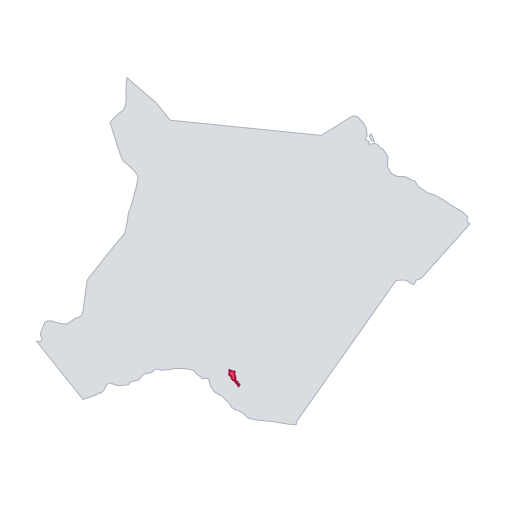 Lugari, Western, Kenya (highlighted), rotated 276°
{"feature_id": "3690345B14512896386362", "entity_name": "Lugari", "entity_type": "district", "adm_level": 2, "iso_a3": "KEN", "parent_name": "Kenya", "parent_adm1": "Western", "projection": "mercator", "projection_center": [34.875, 0.621], "detail": "fine", "context": "in_parent", "style": "filled", "palette": "rose", "viewbox_px": 512, "rotation_deg": 276, "n_neighbors": 0, "source": "geoboundaries", "source_scale": "gbopen_adm2", "svg_char_len": 5494}
<svg xmlns="http://www.w3.org/2000/svg" viewBox="0 0 512 512"><g transform="rotate(276 256 256)"><path d="M92.3,313.6L92.1,306.6L93.1,288.8L93.0,273.2L93.9,265.3L97.8,260.4L99.6,256.8L100.8,251.7L102.9,247.6L107.4,244.3L108.3,242.5L113.1,236.9L116.0,229.7L118.2,227.3L121.0,225.0L122.9,223.8L126.1,222.6L128.6,222.0L129.0,221.4L129.2,220.2L128.4,215.8L129.5,214.3L131.2,211.4L133.1,208.6L134.9,206.8L135.9,205.0L136.3,201.9L136.4,199.7L136.4,196.0L135.8,187.8L133.8,180.9L132.5,173.2L133.4,170.7L131.8,166.1L131.0,165.9L129.7,164.9L128.0,160.7L126.7,156.8L125.9,155.8L120.4,152.4L117.7,144.4L114.6,142.6L113.0,134.6L112.6,132.3L114.4,124.4L114.2,122.5L112.4,120.9L107.2,119.1L103.0,115.9L103.6,114.7L103.9,113.5L101.7,112.7L95.3,99.1L103.5,90.9L111.9,82.6L122.5,72.1L132.3,62.5L140.8,54.1L148.3,46.7L148.1,48.1L148.2,50.0L149.1,51.2L150.6,52.0L152.8,51.1L154.7,50.0L156.5,49.7L167.9,52.8L169.8,55.5L169.7,58.4L170.1,60.5L169.3,62.6L168.3,69.0L168.6,74.9L172.0,79.2L175.1,82.7L177.5,87.4L179.2,88.9L181.7,89.7L189.5,89.9L201.0,90.2L212.1,90.5L213.2,90.6L215.5,91.2L225.7,97.7L235.1,103.6L243.0,108.7L250.7,113.7L258.2,118.6L264.0,122.6L269.7,123.8L279.0,124.4L285.4,124.6L291.3,126.3L300.2,127.9L306.7,128.7L310.7,129.6L321.8,130.5L323.6,130.0L328.5,125.5L333.9,118.3L336.0,114.3L343.1,110.3L355.5,104.8L364.2,100.9L373.9,96.9L378.3,100.3L384.4,105.8L387.1,108.5L389.3,109.7L392.6,110.5L396.7,110.5L398.9,110.4L403.4,109.7L413.8,109.0L419.9,109.1L414.8,116.3L408.8,125.0L397.6,141.0L389.1,149.4L382.7,155.8L382.1,156.9L382.1,164.0L382.2,181.3L382.3,215.9L382.5,250.5L382.6,285.1L382.7,302.4L382.7,308.2L388.3,315.5L393.8,322.6L401.1,332.0L405.0,337.0L405.6,338.7L405.4,342.1L399.5,349.1L394.5,352.3L388.0,353.9L386.0,353.6L383.4,352.6L382.4,354.3L381.6,356.9L380.1,356.3L379.0,355.6L379.7,360.2L380.4,362.5L379.4,365.7L376.2,368.4L375.9,370.7L369.0,376.7L359.1,377.4L354.0,380.4L351.7,382.9L349.9,388.2L350.5,396.5L347.8,402.8L347.3,406.0L342.2,410.1L339.9,413.9L338.3,417.7L336.8,419.4L335.1,428.0L332.7,433.2L332.1,435.0L331.5,436.5L329.7,439.6L328.5,441.7L327.6,443.1L321.6,456.5L317.0,462.5L313.3,461.8L310.8,464.2L310.6,465.3L309.3,464.7L306.2,462.5L299.9,457.9L293.6,453.4L287.3,448.8L281.0,444.3L274.7,439.7L268.4,435.2L262.1,430.6L255.8,426.1L252.1,423.4L250.5,421.8L249.2,418.7L248.6,417.9L246.9,416.9L244.9,416.7L244.4,416.1L244.4,414.6L245.1,412.4L247.4,408.2L247.6,405.8L247.2,403.0L246.4,398.6L245.8,397.5L241.6,395.2L232.9,390.3L224.1,385.4L215.4,380.5L206.6,375.6L197.9,370.8L189.1,365.9L180.4,361.0L171.6,356.1L162.9,351.2L154.1,346.3L145.4,341.4L136.7,336.5L127.9,331.7L119.2,326.8L110.4,321.9L101.7,317.0L98.4,315.2L95.4,313.6L92.3,313.6ZM383.3,361.1L381.8,361.5L382.6,359.1L387.1,356.1L388.9,356.8L389.3,357.5L389.2,358.1L388.4,358.7L383.3,361.1Z" fill="#d9dde1" stroke="#a8b0b8" stroke-width="1"/><path d="M139.9,241.2L139.7,241.1L139.4,241.1L139.2,241.2L139.1,241.3L138.9,241.4L138.9,241.5L139.0,241.6L138.9,241.7L138.7,241.6L138.4,241.7L138.5,241.8L138.4,241.9L138.2,241.9L138.0,241.6L137.9,241.6L137.6,241.8L137.4,241.9L137.2,241.9L136.9,241.7L136.7,241.5L136.4,241.4L136.2,241.5L135.9,241.6L135.7,241.6L135.4,241.6L135.2,241.5L135.0,241.8L134.8,242.1L134.7,242.0L134.4,242.0L134.2,242.3L134.2,242.5L134.1,242.8L134.3,243.0L134.4,243.3L134.3,243.6L134.2,243.7L134.0,243.8L133.9,243.9L133.9,244.0L133.7,244.0L133.6,244.3L133.4,244.3L133.2,244.3L133.1,244.2L132.9,244.1L132.7,244.2L132.6,244.3L132.4,244.4L132.1,244.3L131.9,244.4L131.7,244.3L131.5,244.5L131.5,244.8L131.4,244.8L131.2,244.9L131.0,245.0L130.9,245.1L130.8,245.3L130.7,245.4L130.6,245.5L130.7,245.8L130.4,245.9L130.5,246.0L130.6,246.3L130.4,246.6L130.4,246.8L130.2,246.9L130.1,247.0L129.9,247.0L129.7,247.2L129.6,247.3L129.4,247.5L129.2,247.6L129.1,247.9L129.2,248.1L129.5,248.3L129.4,248.3L129.1,248.4L128.9,248.5L128.7,248.6L128.6,248.8L128.4,248.8L128.2,248.9L128.1,249.0L127.9,249.2L127.8,249.3L127.7,249.3L127.7,249.5L127.4,249.8L127.5,249.9L127.4,250.0L127.2,250.1L127.1,250.3L126.9,250.4L126.7,250.4L126.7,250.5L126.4,250.9L126.4,251.1L126.2,251.2L126.1,251.3L126.0,251.5L125.9,251.5L125.7,251.5L125.4,251.7L125.2,251.7L124.9,251.7L124.9,251.8L124.7,252.0L124.6,252.3L124.5,252.5L124.8,252.7L125.2,252.6L125.3,252.5L125.5,252.5L125.8,252.6L126.1,252.7L126.1,252.8L126.4,252.9L126.7,252.7L126.7,252.8L126.8,252.7L127.0,252.5L127.0,252.3L127.0,252.2L127.1,251.9L127.2,251.7L127.3,251.5L127.4,251.4L127.5,251.3L127.6,251.2L127.9,251.0L128.0,251.0L128.0,250.9L128.3,250.8L128.5,250.8L128.8,251.0L128.8,250.9L128.9,250.7L128.9,250.4L129.0,250.4L129.2,250.2L129.3,250.0L129.4,249.8L129.4,249.6L129.4,249.4L129.7,249.0L129.9,248.8L130.2,248.8L130.3,248.7L130.5,248.6L130.8,248.7L131.0,248.6L131.3,248.6L131.5,248.5L131.5,248.4L131.6,248.5L131.7,248.4L131.8,248.4L132.0,248.2L132.2,248.3L132.2,248.2L132.4,247.8L132.5,247.8L132.7,247.7L132.7,247.8L132.8,247.8L133.0,247.7L132.8,247.5L133.1,247.6L133.5,248.0L133.9,248.1L134.0,248.2L134.7,247.7L135.0,247.5L135.3,247.5L135.5,247.4L135.8,247.4L136.0,247.3L136.1,247.2L136.2,246.9L136.3,246.9L136.5,246.7L136.8,246.6L137.0,246.6L137.2,246.3L137.3,246.2L138.4,247.3L138.5,247.1L138.7,246.9L138.7,246.7L138.8,246.6L139.0,246.5L138.9,246.4L138.9,246.2L139.0,246.2L139.1,245.9L139.0,245.7L138.9,245.4L138.9,244.6L138.9,244.3L138.9,244.2L139.0,244.1L139.2,243.9L139.4,243.6L139.5,243.4L139.5,243.0L139.5,242.5L139.7,242.4L139.7,242.2L139.5,241.8L139.5,241.7L139.7,241.4L139.8,241.3L139.9,241.2L139.9,241.2Z" fill="#f43f5e" stroke="#9f1239" stroke-width="1.5"/></g></svg>